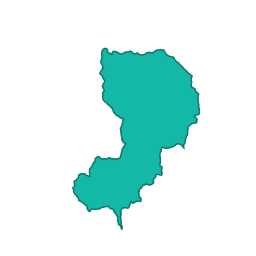 the district of Arboledas, Norte de Santander, Colombia, rotated 144°
{"feature_id": "7082276B9880094240393", "entity_name": "Arboledas", "entity_type": "district", "adm_level": 2, "iso_a3": "COL", "parent_name": "Colombia", "parent_adm1": "Norte de Santander", "projection": "albers", "projection_center": [-72.83, 7.605], "detail": "fine", "context": "isolated", "style": "filled", "palette": "teal", "viewbox_px": 256, "rotation_deg": 144, "n_neighbors": 0, "source": "geoboundaries", "source_scale": "gbopen_adm2", "svg_char_len": 5777}
<svg xmlns="http://www.w3.org/2000/svg" viewBox="0 0 256 256"><g transform="rotate(144 128 128)"><path d="M207.9,112.0L208.0,110.9L208.6,109.5L209.3,108.6L209.5,107.9L209.8,105.4L209.3,103.9L209.6,102.3L209.3,101.6L209.3,101.1L209.8,99.0L210.4,98.3L209.0,95.9L208.7,94.0L208.0,92.9L207.8,90.6L207.2,89.4L207.2,88.6L207.6,88.0L208.5,86.1L208.6,84.7L208.4,83.1L207.9,83.1L205.4,83.6L204.7,83.6L203.9,83.1L203.4,82.2L198.9,79.5L197.8,79.3L195.6,79.2L195.1,78.7L194.3,78.3L193.0,78.0L190.4,76.3L189.9,75.7L189.7,73.3L187.9,71.1L188.1,69.2L188.5,68.5L188.4,66.8L188.5,65.5L188.4,64.4L188.7,61.9L189.6,60.2L190.7,59.2L191.8,56.4L192.3,55.8L192.3,55.5L191.9,54.5L191.7,52.1L192.1,51.6L192.5,50.3L192.4,49.7L192.0,49.9L191.1,51.4L190.5,52.1L190.4,52.5L190.6,52.9L190.5,53.5L189.9,54.3L188.1,57.0L187.3,58.7L186.5,59.5L186.1,61.0L185.8,61.2L184.5,61.8L184.2,62.5L183.1,63.8L183.3,64.9L181.6,65.9L180.0,66.2L179.7,66.5L179.0,66.1L176.7,65.0L175.5,63.3L174.3,63.2L173.1,63.7L172.3,64.6L171.5,64.8L171.0,65.2L170.5,65.9L168.9,66.8L168.5,64.3L164.4,63.7L163.4,63.4L162.2,62.4L161.3,61.3L160.9,61.2L160.4,61.4L160.1,61.8L159.3,62.5L159.3,63.3L158.8,64.2L158.9,64.5L159.7,64.6L159.8,64.9L159.0,66.2L158.9,66.8L157.6,68.5L157.5,68.8L157.6,69.3L157.3,69.7L157.2,70.3L156.7,70.4L156.2,70.1L155.7,70.4L155.1,71.3L154.2,71.8L152.1,71.7L151.3,72.3L150.8,72.3L149.5,72.9L149.1,72.8L148.2,72.1L147.4,72.2L146.9,72.4L146.8,72.2L146.5,72.3L146.3,72.2L146.0,71.2L144.8,70.3L144.1,69.2L143.7,68.9L142.3,68.4L140.4,68.6L139.7,68.5L139.3,68.7L139.4,69.2L139.3,69.7L138.1,70.6L137.4,71.6L135.7,72.0L134.6,71.9L133.6,73.5L132.7,73.6L130.6,72.6L130.2,71.7L128.9,70.5L128.6,70.0L128.2,70.3L127.7,71.2L126.7,71.6L126.5,72.0L126.6,72.7L126.5,73.2L124.0,75.7L123.6,76.1L123.5,77.0L124.2,78.2L124.3,78.5L124.1,79.0L123.5,79.9L122.4,80.8L121.2,82.2L120.3,83.7L119.3,85.1L118.5,87.0L117.8,87.8L117.0,88.7L115.2,89.6L113.3,91.4L112.0,92.3L111.6,92.3L111.2,92.0L110.1,90.1L109.3,89.3L108.0,88.5L107.0,88.0L104.7,87.2L101.5,86.2L100.9,86.2L99.1,86.5L97.8,86.3L97.1,86.0L96.3,85.4L95.3,84.1L94.8,83.1L94.5,79.2L93.9,80.0L93.5,81.3L93.2,81.5L91.4,82.0L90.2,83.0L88.6,84.6L87.7,85.2L86.9,86.0L85.1,87.1L84.1,87.4L83.5,87.8L81.3,90.9L79.8,92.0L79.6,92.6L79.5,93.1L78.8,93.7L73.4,93.9L71.4,93.1L70.9,92.8L70.4,92.1L69.8,92.1L68.9,92.4L68.5,93.2L67.9,93.8L67.2,94.0L67.0,96.3L67.3,98.0L67.3,98.9L67.0,98.9L64.2,98.0L63.3,97.6L61.8,97.6L61.3,98.8L60.5,99.9L59.0,101.4L58.7,102.9L58.3,103.8L57.4,104.6L57.2,105.1L56.7,106.1L56.5,106.6L54.7,109.9L54.2,110.5L53.8,110.9L52.9,112.2L52.0,113.1L51.1,113.7L50.9,114.6L51.1,115.0L51.3,116.4L51.8,117.2L51.4,118.9L51.0,119.6L51.0,120.7L51.6,122.1L52.4,123.3L52.4,123.7L52.1,124.8L51.0,126.3L49.6,127.5L48.9,129.1L48.3,130.4L47.9,130.8L47.1,131.6L46.0,131.9L45.7,132.3L45.6,132.5L45.7,133.0L46.4,134.9L46.7,136.6L46.9,137.4L47.1,139.2L47.9,142.5L48.0,144.5L48.9,149.4L48.9,150.0L48.6,150.8L49.6,152.3L49.6,153.1L50.0,154.8L49.9,156.2L49.6,158.6L49.8,159.0L51.0,159.9L52.5,162.0L53.1,163.1L53.3,164.0L53.7,164.5L53.7,167.0L53.4,168.3L53.3,170.0L53.5,170.3L54.8,171.3L55.7,172.3L56.3,172.7L58.1,173.4L59.0,174.1L60.3,174.3L61.8,174.1L63.9,174.5L65.1,175.1L65.6,175.4L66.1,176.6L66.8,177.0L68.9,177.8L71.6,177.8L74.6,179.3L75.9,181.3L76.0,182.8L76.2,183.1L76.9,183.4L78.0,183.5L79.0,183.9L80.1,186.3L80.3,187.5L80.8,188.8L83.1,189.2L84.3,190.3L85.3,190.8L87.7,191.1L90.2,192.0L90.7,192.3L91.1,192.8L91.5,194.4L92.9,196.9L95.0,198.7L96.3,198.2L97.4,197.3L97.9,197.1L98.3,197.4L98.5,198.7L99.9,200.3L99.9,200.9L99.5,201.5L98.6,204.0L99.0,205.3L99.9,205.9L101.4,206.3L103.5,205.7L105.7,203.4L107.1,201.1L108.7,199.2L111.0,197.8L111.3,197.4L112.0,193.3L112.1,192.9L113.0,192.1L113.2,190.7L115.1,190.5L117.3,189.6L118.4,188.9L118.8,188.5L118.8,187.8L118.4,186.5L118.3,185.3L118.7,183.3L119.0,182.6L118.9,181.6L119.1,179.9L119.7,179.1L122.2,178.1L124.1,176.9L124.3,176.4L124.3,175.4L124.8,174.5L125.0,173.0L125.3,172.4L125.9,171.8L126.4,171.6L127.2,171.6L127.9,171.3L128.3,170.6L128.9,170.0L128.9,169.6L129.2,168.9L130.2,168.1L131.3,165.9L131.5,164.7L131.3,163.5L131.3,162.9L130.7,161.9L130.4,161.1L130.6,160.3L130.5,159.8L130.6,159.0L130.5,158.5L130.1,158.2L129.7,157.1L129.6,156.6L129.8,155.7L129.3,155.2L129.6,154.6L129.4,154.3L129.1,152.9L129.4,152.5L130.3,149.2L130.1,148.5L130.3,147.9L130.3,147.5L129.5,146.0L130.1,144.9L129.5,144.5L129.2,144.1L128.6,142.6L128.6,141.4L128.0,140.6L127.8,140.0L127.4,139.7L127.2,139.3L126.6,138.7L126.6,137.8L127.1,137.7L127.6,136.9L128.4,136.4L128.7,135.9L129.8,135.3L131.5,133.6L132.1,133.4L133.1,132.5L134.0,132.4L134.9,131.4L134.9,130.7L135.1,130.0L136.2,129.1L136.2,128.9L136.0,128.4L137.2,127.1L138.2,125.0L138.3,124.2L139.7,122.4L139.7,122.2L139.4,121.7L139.9,121.4L140.0,121.1L140.1,119.9L140.3,118.9L140.0,118.7L139.7,118.7L139.5,118.4L139.5,117.4L139.1,116.4L141.5,115.8L142.3,115.4L143.3,115.1L144.2,114.5L145.6,114.0L145.9,113.6L146.2,112.7L147.2,112.5L148.5,111.1L149.6,110.5L150.1,109.7L151.0,109.2L151.6,108.6L153.5,108.7L154.0,108.9L154.3,109.2L154.8,109.4L155.3,109.3L155.6,109.0L155.8,109.0L156.1,109.3L156.5,110.4L157.2,110.8L157.7,111.8L158.9,112.4L160.5,114.8L160.9,115.0L161.9,115.4L162.3,115.4L163.1,115.1L163.9,115.3L164.8,116.9L165.5,117.4L166.8,117.6L167.0,117.8L168.0,119.7L168.3,121.6L168.7,122.4L168.9,122.5L170.3,122.6L171.6,122.5L172.6,122.4L173.5,121.0L177.2,119.8L178.4,118.7L179.0,118.5L181.5,117.7L182.1,117.5L182.6,117.7L182.8,117.6L183.4,117.1L185.2,114.8L186.1,113.0L187.2,111.2L187.4,111.6L187.4,111.8L188.2,112.4L189.1,113.5L189.5,114.5L189.6,115.1L190.0,116.3L191.0,117.3L192.4,117.9L193.1,118.7L194.1,118.9L195.7,118.8L196.5,117.8L198.2,116.8L199.3,116.7L201.1,116.1L202.0,116.6L203.0,116.3L203.9,114.9L204.6,113.3L205.3,112.6L206.2,112.1L207.9,112.0Z" fill="#14b8a6" stroke="#0f766e" stroke-width="1.5"/></g></svg>